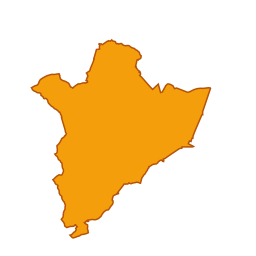 Piatra-Neamt, Neamt, Romania, rotated 343°
{"feature_id": "2599482B9055838557903", "entity_name": "Piatra-Neamt", "entity_type": "district", "adm_level": 2, "iso_a3": "ROU", "parent_name": "Romania", "parent_adm1": "Neamt", "projection": "robinson", "projection_center": [26.355, 46.921], "detail": "fine", "context": "isolated", "style": "filled", "palette": "amber", "viewbox_px": 256, "rotation_deg": 343, "n_neighbors": 0, "source": "geoboundaries", "source_scale": "gbopen_adm2", "svg_char_len": 5647}
<svg xmlns="http://www.w3.org/2000/svg" viewBox="0 0 256 256"><g transform="rotate(343 128 128)"><path d="M91.5,195.7L92.1,194.4L92.3,193.5L92.3,193.1L91.8,192.3L92.0,192.0L92.3,191.2L92.6,190.9L93.0,190.0L93.6,189.3L93.7,189.0L94.0,188.7L95.0,188.3L97.5,188.0L99.6,188.0L99.9,187.6L99.3,187.1L98.9,187.0L108.1,180.4L109.3,181.0L110.3,181.1L110.8,181.4L111.9,181.4L113.0,180.8L114.0,181.9L114.8,182.2L116.7,182.0L119.0,182.4L119.3,182.3L120.6,182.4L122.2,183.3L123.1,184.1L123.5,184.3L123.8,184.4L126.6,179.9L129.5,177.5L131.0,176.8L132.8,175.0L134.0,174.2L135.2,172.7L136.3,172.1L136.5,172.0L136.6,171.1L137.1,171.1L138.0,170.9L138.9,170.8L139.8,170.5L140.3,170.2L141.0,170.2L141.4,170.1L144.7,170.6L146.3,170.0L146.6,169.6L147.5,169.1L149.3,168.4L150.6,168.5L151.4,170.0L152.2,170.5L152.7,169.5L152.3,169.3L152.5,169.2L152.7,168.6L152.5,168.4L152.5,168.1L154.6,167.9L162.0,165.5L171.3,162.7L173.0,162.9L173.5,163.1L173.8,162.9L174.1,161.9L184.1,164.9L184.5,165.0L185.3,164.8L181.1,160.7L181.2,160.4L182.1,159.4L183.0,158.8L182.8,158.6L183.1,158.3L184.3,159.3L186.2,156.5L187.0,156.8L187.9,154.6L191.3,150.3L202.5,137.0L203.3,137.2L204.1,134.3L218.5,114.2L218.4,113.8L216.9,113.1L211.1,112.0L209.3,111.3L205.9,110.6L202.3,110.6L198.1,111.3L195.6,111.4L186.3,104.1L185.6,103.9L184.2,104.1L183.9,103.5L183.7,102.8L183.4,100.9L181.5,98.9L180.0,97.9L179.1,97.5L178.2,97.6L177.4,98.2L176.3,98.6L175.7,99.3L175.1,100.1L174.1,100.7L174.0,101.1L172.8,102.1L171.9,103.0L171.7,103.4L171.5,103.6L169.5,103.6L169.8,94.9L162.8,98.3L161.4,95.5L155.7,83.0L154.5,81.2L155.4,80.6L155.7,80.3L156.0,79.1L155.8,78.3L155.9,77.6L155.8,77.4L155.0,78.1L154.9,78.0L155.2,77.2L155.1,76.7L154.4,75.3L153.6,73.2L153.7,71.8L153.1,71.9L153.0,71.6L153.1,71.4L154.6,69.0L156.1,66.3L156.7,65.5L157.6,66.0L157.9,65.6L158.4,65.4L159.4,65.5L160.9,64.7L161.7,62.8L161.2,62.0L160.9,61.2L160.9,60.3L161.0,59.9L160.8,58.8L160.5,58.4L160.5,58.1L159.8,57.2L159.4,56.4L158.7,56.0L158.4,55.4L158.1,55.1L157.9,54.7L157.1,53.6L155.6,52.7L154.9,52.0L154.2,51.3L153.5,50.2L152.8,49.4L151.8,49.0L149.7,48.6L148.9,48.2L147.9,47.6L147.3,46.9L147.1,46.2L146.2,45.2L145.5,45.1L143.8,45.0L142.4,44.1L141.5,43.9L141.3,43.3L141.2,41.9L140.8,41.4L139.8,40.9L138.9,40.3L138.3,39.5L138.2,39.0L136.7,39.7L135.4,39.2L134.7,39.2L134.7,38.9L134.2,39.0L133.3,39.0L132.3,39.4L127.8,40.8L126.8,39.6L125.7,39.4L125.1,39.0L124.7,39.2L124.7,39.4L125.2,40.9L124.7,41.3L124.4,41.9L123.9,44.2L120.8,43.7L117.5,48.8L115.5,51.8L115.4,52.1L115.7,52.2L115.3,52.9L114.8,53.5L113.5,55.2L109.1,60.5L108.9,61.3L107.4,62.4L106.5,62.6L104.4,63.3L104.6,63.6L104.4,63.9L104.7,64.4L104.8,65.1L104.9,65.3L104.7,65.8L104.8,66.0L104.7,66.3L104.7,66.6L104.6,67.2L104.1,67.3L102.2,69.9L101.8,70.2L102.1,70.6L102.4,70.7L102.3,70.8L102.6,70.9L102.7,71.1L102.9,72.1L102.6,72.4L100.6,72.6L100.4,72.4L99.5,72.2L99.2,71.9L98.0,71.7L95.4,71.8L94.7,71.6L93.8,71.6L93.4,71.3L93.0,71.2L91.9,71.7L91.2,71.8L87.8,73.1L86.9,73.7L86.5,73.2L85.5,72.2L85.0,71.7L84.8,70.0L84.4,68.1L84.2,67.7L81.9,65.2L78.8,63.0L78.7,62.5L77.7,61.3L77.8,60.0L77.7,59.1L78.2,57.7L78.0,57.4L77.8,56.9L77.9,56.6L78.1,56.2L77.7,55.9L76.9,55.9L76.1,55.6L75.4,55.6L74.2,55.4L73.3,55.3L70.7,54.4L65.9,54.3L61.6,55.1L59.3,55.8L58.7,55.9L57.6,56.7L56.5,57.8L55.3,59.4L53.9,60.4L52.8,60.5L51.7,60.4L48.6,61.0L47.4,61.3L47.7,61.9L47.8,63.4L48.7,64.7L49.5,65.6L50.4,66.2L50.7,66.7L51.4,67.5L52.0,67.9L53.8,68.7L54.6,69.5L54.7,70.1L54.3,71.4L55.8,73.1L55.9,74.3L56.1,75.2L56.7,75.6L58.1,75.6L58.6,76.4L59.2,77.6L59.1,79.4L59.2,80.9L59.9,82.4L61.1,84.7L62.8,86.6L63.1,87.7L63.4,88.1L65.0,89.4L65.4,90.3L66.2,91.2L66.4,92.2L66.6,92.5L67.3,92.8L67.9,97.5L67.8,98.4L67.5,98.4L67.4,99.3L67.3,111.6L67.1,112.9L67.0,113.7L67.4,115.3L67.2,115.7L65.9,116.9L65.7,116.7L63.8,118.1L63.2,118.3L62.8,118.3L62.5,118.5L61.6,118.7L61.2,119.1L60.7,119.9L59.8,120.6L59.0,121.6L56.5,123.4L55.1,124.0L54.8,124.3L54.2,127.6L53.5,129.7L53.1,130.4L52.6,131.0L52.1,131.3L51.7,131.4L50.4,131.5L50.9,133.1L51.3,133.7L51.9,134.2L52.3,136.8L52.2,137.5L52.6,138.3L53.5,139.3L53.7,140.7L53.9,141.3L54.4,141.9L54.5,142.5L54.0,144.8L53.7,146.7L54.0,149.2L53.7,150.2L53.4,150.9L51.7,152.9L51.0,153.5L50.3,153.5L49.6,153.2L48.4,152.6L45.7,153.3L43.2,154.5L42.1,155.2L41.1,155.4L41.5,156.9L42.2,158.3L42.1,159.1L42.2,159.7L42.5,160.5L43.9,162.0L44.1,162.5L44.1,162.9L43.8,163.3L43.4,163.6L43.3,164.8L43.1,165.3L43.5,166.0L43.7,167.0L43.8,167.8L43.2,170.1L43.4,171.6L43.6,172.3L44.6,173.9L44.6,174.5L44.3,175.0L44.2,176.7L44.5,178.0L44.9,179.4L45.3,180.0L45.4,180.7L45.4,182.1L45.6,183.5L44.8,184.9L44.1,187.1L43.3,188.1L42.6,188.6L41.9,189.7L41.6,189.9L41.4,190.7L41.0,191.4L40.7,191.8L40.6,192.7L39.7,194.3L38.0,195.5L37.5,195.8L37.5,196.0L38.9,199.4L39.0,200.3L39.1,200.7L39.2,201.1L38.9,202.8L39.0,203.6L39.5,204.1L40.3,205.3L43.0,205.3L43.6,205.2L47.4,206.1L47.9,205.9L48.8,205.3L49.2,205.1L49.5,205.1L49.7,205.3L49.7,205.5L49.7,206.3L49.9,206.7L50.5,207.3L50.6,207.6L48.6,208.6L48.7,209.5L48.8,210.0L48.7,210.2L47.4,211.3L46.9,211.7L45.9,211.8L42.9,213.5L41.2,213.5L42.5,216.2L43.2,217.0L43.7,217.1L46.5,217.1L47.9,216.9L49.7,217.0L50.7,216.8L51.8,216.4L52.2,216.3L54.7,216.7L56.9,216.8L58.8,216.7L59.3,216.6L59.6,216.3L59.5,215.5L59.8,214.3L59.7,212.8L59.9,212.0L60.1,211.5L60.4,211.1L61.0,208.8L58.9,206.6L58.6,205.7L60.0,205.6L60.7,204.9L61.2,204.7L61.5,205.1L62.4,205.8L62.8,205.7L62.2,204.7L62.3,204.4L62.5,204.3L63.1,204.3L64.7,204.8L65.9,204.8L67.3,205.1L68.3,205.6L69.3,206.0L70.4,206.2L72.6,206.1L74.0,205.7L75.0,205.1L76.1,204.8L78.4,202.6L80.8,201.0L82.0,200.6L83.3,200.3L83.8,200.3L85.1,200.5L86.6,199.7L87.8,198.5L90.9,196.4L91.5,195.7Z" fill="#f59e0b" stroke="#b45309" stroke-width="1.5"/></g></svg>